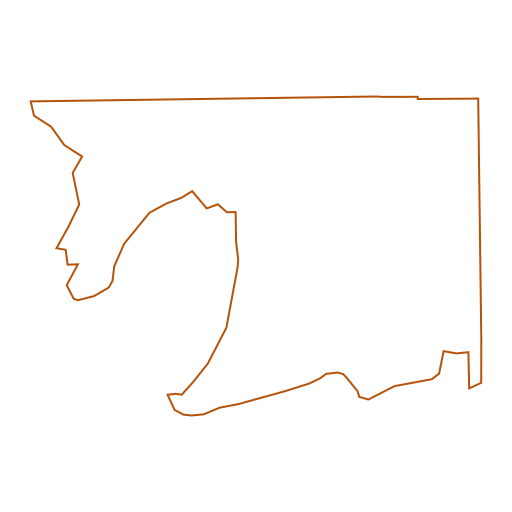 the district of Chambers, Texas, United States of America
{"feature_id": "52423323B38827881811881", "entity_name": "Chambers", "entity_type": "district", "adm_level": 2, "iso_a3": "USA", "parent_name": "United States of America", "parent_adm1": "Texas", "projection": "natural_earth1", "projection_center": [-94.702, 29.707], "detail": "fine", "context": "isolated", "style": "outline", "palette": "amber", "viewbox_px": 512, "rotation_deg": 0, "n_neighbors": 0, "source": "geoboundaries", "source_scale": "gbopen_adm2", "svg_char_len": 921}
<svg xmlns="http://www.w3.org/2000/svg" viewBox="0 0 512 512"><path d="M66.7,285.2L73.8,298.9L78.0,300.2L94.0,296.1L108.8,287.5L112.5,280.9L114.2,266.4L124.2,243.7L149.4,212.8L166.5,203.5L181.4,197.8L192.2,191.2L206.7,208.4L217.8,204.3L226.9,212.2L235.6,212.1L236.1,242.2L238.2,259.2L237.6,267.2L226.4,327.7L207.8,363.6L193.0,382.2L181.7,394.7L175.7,393.8L167.6,394.8L174.6,409.9L183.4,414.6L191.3,415.5L203.5,414.4L219.6,407.7L238.7,404.0L286.0,390.9L309.2,383.5L320.2,378.3L326.1,373.9L337.6,372.5L343.1,374.1L345.8,376.8L357.5,391.1L359.3,396.9L368.4,399.5L394.6,386.1L431.8,379.2L439.1,373.6L443.6,351.2L456.5,353.4L468.4,352.2L469.2,388.4L481.2,382.8L481.3,339.6L478.2,98.6L417.7,99.0L417.7,96.8L382.7,96.9L376.1,96.5L30.7,101.4L34.0,115.7L51.1,126.7L64.3,145.1L82.1,156.5L72.7,172.9L79.2,204.5L68.6,226.4L56.5,248.2L65.7,249.8L67.6,264.7L77.9,264.3L66.7,285.2Z" fill="none" stroke="#b45309" stroke-width="2"/></svg>